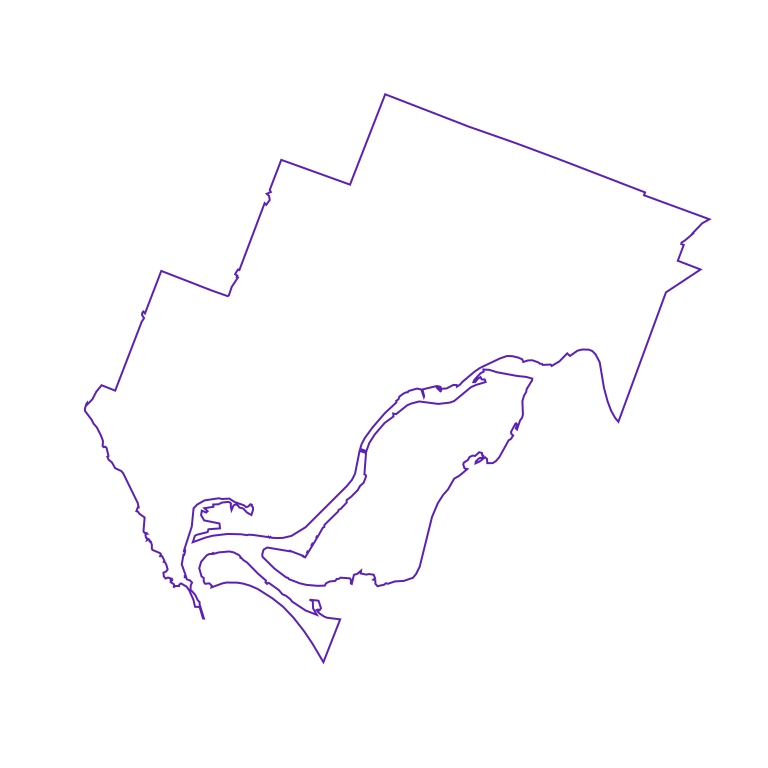 outline of Newcastle, New South Wales, Australia, rotated 101°
{"feature_id": "25037944B69528063359333", "entity_name": "Newcastle", "entity_type": "district", "adm_level": 2, "iso_a3": "AUS", "parent_name": "Australia", "parent_adm1": "New South Wales", "projection": "albers", "projection_center": [151.75, -32.876], "detail": "fine", "context": "isolated", "style": "outline", "palette": "violet", "viewbox_px": 768, "rotation_deg": 101, "n_neighbors": 0, "source": "geoboundaries", "source_scale": "gbopen_adm2", "svg_char_len": 6152}
<svg xmlns="http://www.w3.org/2000/svg" viewBox="0 0 768 768"><g transform="rotate(101 384 384)"><path d="M115.2,349.9L99.4,438.1L194.8,455.4L183.6,527.6L215.4,533.2L217.1,531.7L219.7,535.4L221.3,532.7L225.2,531.3L230.6,533.8L229.3,535.7L299.7,547.7L299.4,549.1L303.5,550.8L304.7,551.0L305.6,548.7L307.1,549.0L307.3,547.7L317.7,552.0L326.6,553.2L327.6,554.2L325.0,571.6L315.5,624.2L360.3,632.1L358.8,634.1L360.3,634.8L362.4,634.7L365.2,632.1L369.0,633.7L441.8,646.6L439.1,661.0L446.6,665.0L454.6,667.3L460.6,671.3L459.2,671.8L460.6,672.4L465.5,672.9L467.4,672.4L475.1,664.0L478.3,661.6L481.5,657.5L488.6,652.0L493.5,649.0L498.7,648.3L499.5,647.1L498.7,645.6L499.7,644.1L507.3,640.7L508.2,641.7L510.9,639.8L512.9,636.1L517.9,631.9L519.6,625.2L521.5,622.9L548.0,602.9L551.6,601.4L551.5,602.0L556.1,602.8L556.4,600.9L558.0,599.5L560.7,593.5L574.4,592.0L575.6,591.0L575.7,589.0L576.2,589.3L576.4,588.5L576.7,589.4L578.1,589.2L580.3,588.3L580.9,586.7L582.6,586.9L581.3,585.3L582.3,584.0L583.3,584.1L583.6,583.1L582.7,583.2L586.1,581.2L590.1,580.4L591.1,579.5L592.7,571.7L593.6,570.5L595.7,570.9L595.4,568.9L599.3,565.9L600.6,566.3L600.8,564.9L603.1,563.1L607.3,561.0L609.5,562.0L611.3,564.5L615.1,563.3L616.6,561.1L615.2,559.1L615.7,555.1L616.4,554.9L617.3,556.1L617.8,555.9L617.5,554.8L619.2,555.6L620.7,552.0L622.1,551.4L624.0,551.9L622.1,550.3L621.5,546.7L619.9,546.6L618.5,545.1L620.6,539.1L623.9,535.7L632.0,530.0L638.7,527.0L638.1,522.4L648.6,517.0L648.6,516.0L635.4,523.0L633.3,523.4L631.9,525.4L626.8,529.3L622.8,534.7L618.4,535.3L615.5,534.5L613.9,536.9L613.3,540.4L610.9,541.6L611.6,542.7L610.6,542.9L610.4,541.9L609.3,542.4L599.7,548.1L589.9,548.3L589.9,547.5L585.6,547.3L584.8,547.7L586.3,547.8L586.4,548.5L584.2,548.4L560.6,545.5L542.4,547.2L538.1,544.5L532.5,538.0L527.7,524.4L527.8,521.1L526.0,513.9L528.3,508.3L529.8,498.4L531.2,495.8L530.1,493.9L527.5,492.2L527.8,490.7L529.0,490.7L529.9,489.2L532.4,488.5L537.9,489.2L536.3,494.0L533.1,498.4L532.9,502.2L530.9,504.6L530.4,506.4L531.8,508.5L536.8,509.6L533.3,511.1L530.4,511.5L529.5,513.0L529.7,515.2L531.3,520.4L533.6,523.4L534.9,528.7L537.1,528.0L540.2,536.6L542.5,532.9L544.1,534.1L543.1,538.7L547.7,538.5L552.2,534.5L552.3,518.9L557.0,517.4L560.1,528.6L563.0,528.9L567.9,539.3L569.3,540.7L575.8,541.5L568.8,529.9L565.6,523.2L561.0,508.7L558.8,495.7L558.5,489.5L557.8,488.2L557.2,484.3L556.4,469.0L555.8,468.4L556.7,467.2L555.7,466.3L556.4,465.2L555.7,459.9L554.4,454.0L550.8,445.9L539.6,433.7L491.4,401.1L484.3,397.2L477.7,395.3L454.3,395.2L455.1,388.5L476.4,386.0L476.7,384.7L478.0,384.0L484.8,385.1L488.5,388.0L493.1,389.5L500.9,394.7L505.1,398.5L507.5,398.0L514.9,402.7L516.1,404.5L517.9,404.7L533.7,415.6L535.8,415.3L536.7,416.6L546.6,419.9L546.3,420.8L547.2,421.1L547.5,420.3L554.7,422.9L554.3,423.8L556.0,424.4L556.4,423.5L563.4,426.2L563.0,427.1L563.9,427.4L564.3,426.5L569.2,428.3L568.7,430.7L568.1,430.6L565.7,444.5L566.2,444.5L566.8,467.5L569.6,470.6L574.4,471.0L576.8,470.3L586.1,456.3L592.5,443.2L592.6,441.3L593.7,440.1L595.7,428.8L596.0,422.0L594.8,410.7L593.2,403.6L590.7,402.9L589.3,401.1L588.1,399.4L586.6,394.2L584.4,393.3L584.0,391.3L582.4,389.7L581.3,380.3L582.8,379.0L586.1,378.5L586.4,377.5L577.0,377.1L575.5,374.0L571.6,370.9L574.4,370.7L574.5,365.2L573.4,362.2L573.2,357.7L576.4,355.7L578.1,357.1L578.3,355.1L581.8,354.3L583.7,351.8L581.0,345.6L579.3,344.2L579.3,341.9L575.7,335.6L573.5,327.0L568.7,318.6L564.5,316.3L556.6,314.1L505.4,311.5L490.6,308.4L481.4,304.7L475.4,301.1L463.6,297.1L459.4,292.3L451.6,286.0L451.4,288.9L447.7,290.9L445.9,290.6L442.7,287.2L439.2,286.0L437.3,283.1L437.2,280.8L432.8,277.5L433.0,274.7L434.9,274.2L435.3,272.9L436.5,272.9L438.2,274.2L438.1,275.5L438.9,276.5L442.4,279.0L444.4,279.0L441.9,275.4L436.6,270.8L437.9,268.6L442.0,267.5L440.9,262.2L438.3,259.4L433.7,256.8L415.5,250.9L413.7,248.9L409.9,247.4L408.7,249.4L406.9,250.2L398.3,247.6L397.4,246.8L398.3,245.6L402.4,246.2L403.3,244.8L393.9,243.5L390.7,242.0L387.4,241.8L374.3,244.9L368.6,244.3L364.7,242.9L361.8,243.0L352.1,239.3L350.4,239.5L349.9,245.6L350.7,254.8L350.9,275.3L350.0,283.3L350.8,289.2L352.8,288.5L355.3,291.5L362.8,296.1L365.1,296.6L364.8,294.9L360.8,292.8L358.8,290.6L360.9,288.9L360.3,286.0L362.7,284.6L367.3,293.4L370.5,298.0L387.3,311.8L389.7,315.8L393.2,326.9L394.4,346.0L397.9,353.4L400.4,357.1L411.3,366.4L411.2,369.3L414.1,368.5L422.2,376.0L435.4,383.5L444.8,387.2L453.3,388.5L452.2,395.0L447.3,394.5L440.6,392.5L428.7,386.9L412.3,377.5L399.7,368.3L398.3,368.8L396.2,366.9L393.5,366.5L390.0,363.4L388.1,361.0L387.6,359.1L386.2,358.6L382.2,350.7L382.3,346.3L389.1,342.4L388.3,342.3L382.0,345.2L376.2,332.5L377.7,331.3L380.9,326.5L378.6,327.9L377.2,330.7L375.9,330.8L376.0,328.1L378.5,326.6L377.6,326.3L376.5,321.9L371.6,315.6L371.2,312.4L372.7,312.0L370.2,309.3L366.9,307.4L354.5,297.4L349.8,292.7L336.8,275.1L333.1,268.7L332.2,263.6L332.4,257.4L333.4,253.0L335.8,251.5L333.4,247.2L332.4,242.9L333.4,236.4L334.3,235.0L334.1,232.7L335.0,231.9L333.1,224.1L334.3,222.9L328.3,216.1L319.0,210.0L321.0,206.8L314.5,200.6L312.3,196.0L311.2,189.4L311.9,185.8L314.6,181.9L321.5,176.4L345.9,167.3L358.2,161.3L367.0,155.9L373.2,150.6L376.4,146.7L240.2,124.7L211.2,95.1L207.0,119.1L190.3,116.3L189.9,118.9L188.4,118.9L185.7,116.0L177.3,109.3L177.1,109.8L165.5,102.3L160.2,96.0L149.1,164.8L146.1,164.3L129.8,256.2L122.3,301.5L115.2,349.9ZM623.4,382.1L624.3,395.3L623.7,398.4L621.5,403.7L618.8,407.0L618.0,406.0L618.4,404.1L616.1,403.1L609.4,406.8L609.2,407.5L610.0,416.0L610.7,412.5L617.8,410.8L623.4,405.9L621.3,417.7L615.1,432.7L613.2,434.8L610.5,440.0L609.8,443.6L606.3,448.0L601.3,458.9L601.2,459.7L602.5,460.7L601.4,462.5L599.5,462.3L594.4,471.2L585.4,484.3L583.5,488.8L582.0,490.7L582.1,491.7L580.8,492.1L579.6,493.8L578.0,499.3L577.9,503.9L580.9,514.3L582.6,517.5L582.8,519.0L582.0,520.3L583.4,519.4L584.3,523.2L586.1,525.4L593.4,529.6L600.1,530.2L607.7,526.4L608.9,523.9L612.1,523.3L613.9,521.9L614.2,521.3L613.0,517.4L614.9,514.5L616.6,514.6L610.5,504.5L608.9,500.6L607.0,490.1L606.8,484.3L607.5,477.0L609.3,468.9L615.6,452.8L621.8,440.7L630.7,428.2L641.7,415.5L652.2,405.0L668.6,390.4L623.4,382.1Z" fill="none" stroke="#5b21b6" stroke-width="2"/></g></svg>